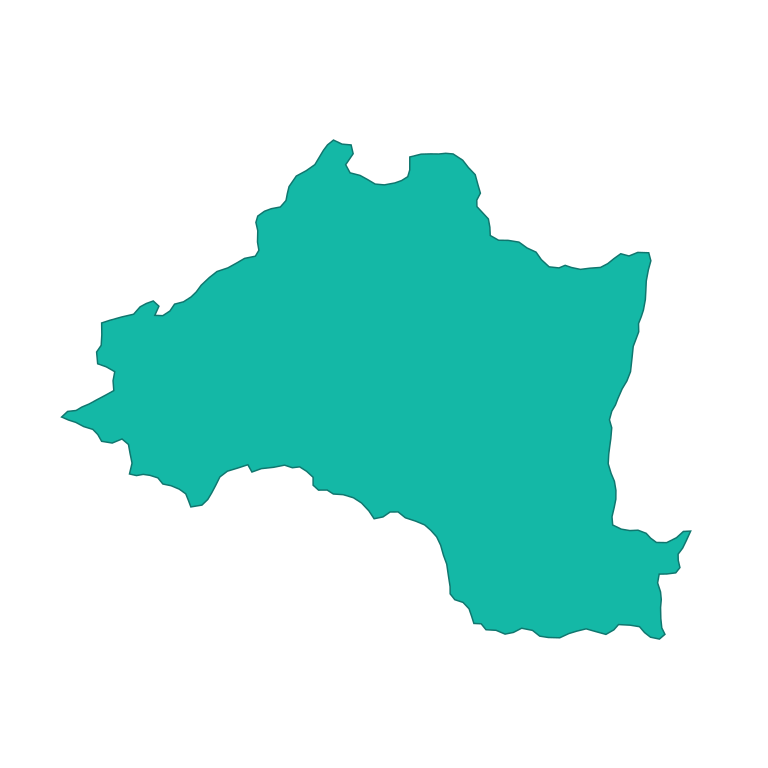 outline of Itutinga, Minas Gerais, Brazil, rotated 275°
{"feature_id": "56859067B50516220811290", "entity_name": "Itutinga", "entity_type": "district", "adm_level": 2, "iso_a3": "BRA", "parent_name": "Brazil", "parent_adm1": "Minas Gerais", "projection": "orthographic", "projection_center": [-44.715, -21.34], "detail": "fine", "context": "isolated", "style": "filled", "palette": "teal", "viewbox_px": 768, "rotation_deg": 275, "n_neighbors": 0, "source": "geoboundaries", "source_scale": "gbopen_adm2", "svg_char_len": 3144}
<svg xmlns="http://www.w3.org/2000/svg" viewBox="0 0 768 768"><g transform="rotate(275 384 384)"><path d="M612.4,389.9L599.5,391.0L592.6,389.6L588.2,383.8L585.2,377.2L582.4,367.0L582.4,357.8L586.3,349.7L589.7,342.0L591.4,331.8L599.1,326.7L610.7,333.2L619.3,330.4L619.3,321.3L622.6,312.4L617.3,306.9L611.5,303.3L604.7,300.0L596.5,296.0L589.7,287.9L583.5,278.5L572.4,272.2L565.2,271.1L558.3,270.4L551.3,265.3L548.8,256.4L545.7,249.9L540.3,243.6L533.8,242.3L525.7,244.9L514.4,245.6L506.3,247.7L500.1,244.7L497.0,234.2L490.9,225.5L486.1,218.4L481.5,207.8L474.9,200.8L466.5,193.3L459.3,188.9L453.9,184.2L448.4,177.1L445.3,168.4L438.1,164.4L432.8,157.7L432.4,149.7L441.9,153.0L446.6,146.9L443.5,140.2L439.6,134.3L431.7,128.5L427.9,116.8L423.5,105.1L420.2,97.4L408.5,98.6L397.9,98.9L390.8,94.9L379.2,97.0L376.9,105.8L372.8,114.7L363.6,113.8L353.9,115.4L348.5,107.4L342.8,98.6L338.4,92.0L334.7,85.0L330.8,79.6L329.1,71.2L323.0,65.7L320.6,72.9L318.9,80.3L315.4,88.6L313.4,97.9L308.7,103.3L302.3,107.7L301.5,118.4L306.4,127.8L301.5,134.7L293.0,137.0L283.2,139.9L272.2,138.3L271.2,145.4L273.0,152.0L272.6,158.8L270.8,166.9L265.1,172.4L264.1,180.8L261.4,189.2L257.3,196.1L250.8,199.4L244.7,202.3L247.5,213.2L253.6,218.5L260.4,221.8L268.2,225.1L277.1,228.6L283.5,235.6L287.6,245.8L291.7,255.4L284.8,260.1L289.0,269.2L291.4,281.3L294.5,292.0L292.6,300.0L294.1,307.2L290.3,314.5L284.9,321.5L277.0,322.2L272.6,328.0L273.4,336.6L270.0,343.1L270.2,353.0L268.0,363.5L263.5,372.0L256.3,380.0L248.9,385.9L251.5,394.6L257.0,401.2L257.8,409.2L252.6,416.9L250.2,427.2L247.2,436.7L242.4,443.3L236.3,449.8L228.3,454.5L218.5,458.2L210.0,462.2L198.5,464.9L187.9,467.5L180.7,468.2L175.3,473.3L173.3,481.8L167.5,488.3L160.1,491.6L153.3,494.4L153.6,501.7L148.1,507.0L148.4,517.1L145.4,526.4L147.8,534.6L152.7,542.4L151.5,553.4L146.4,561.1L145.8,569.8L146.5,581.2L151.5,589.9L154.6,597.6L157.7,606.7L155.8,616.6L153.9,626.9L159.1,634.4L164.8,638.6L165.2,650.2L164.5,659.7L159.1,665.2L155.0,671.5L153.9,680.6L159.1,685.7L165.2,682.0L174.5,680.2L185.4,679.0L193.4,679.0L201.0,677.6L209.7,673.9L218.6,674.7L219.4,682.3L221.3,691.1L226.9,694.8L233.9,692.5L240.1,691.8L246.5,695.8L254.3,698.8L264.2,702.3L263.2,695.1L256.4,688.8L250.6,679.4L249.9,669.2L253.7,663.0L258.1,658.2L260.5,649.8L259.4,641.7L260.1,633.0L263.5,624.1L271.6,622.7L281.2,624.1L289.4,625.0L298.3,624.3L307.2,622.0L314.8,618.0L324.1,614.3L333.7,614.0L341.4,614.3L349.2,614.7L360.2,614.7L368.0,611.7L376.8,613.3L383.3,616.4L390.0,618.3L400.0,621.7L408.2,625.7L417.7,628.5L430.8,628.8L443.2,629.0L450.6,631.1L458.2,633.2L466.4,632.3L473.4,634.4L480.3,636.0L490.9,637.0L499.9,636.7L509.5,636.3L520.7,637.4L530.0,639.1L537.8,636.3L537.2,625.3L532.9,616.9L534.4,608.5L529.0,602.2L523.4,596.4L519.0,589.5L517.3,578.9L515.3,569.7L516.4,560.6L518.0,554.1L514.9,548.2L515.1,538.3L521.6,529.9L528.6,524.0L532.0,514.6L537.1,506.1L537.9,495.3L537.2,485.6L541.2,476.9L549.4,475.8L557.5,473.6L563.4,467.1L568.8,461.1L575.3,460.4L582.5,463.4L591.0,460.1L600.5,456.6L607.0,449.2L613.8,442.9L619.2,432.8L619.2,425.4L617.9,418.5L617.3,410.4L616.2,400.9L612.4,389.9Z" fill="#14b8a6" stroke="#0f766e" stroke-width="1.5"/></g></svg>